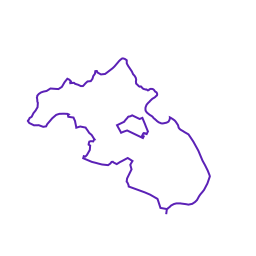 As Sabrah, Ibb, Yemen (Robinson projection), rotated 296°
{"feature_id": "15242507B42935945407521", "entity_name": "As Sabrah", "entity_type": "district", "adm_level": 2, "iso_a3": "YEM", "parent_name": "Yemen", "parent_adm1": "Ibb", "projection": "robinson", "projection_center": [44.337, 13.842], "detail": "fine", "context": "isolated", "style": "outline", "palette": "violet", "viewbox_px": 256, "rotation_deg": 296, "n_neighbors": 0, "source": "geoboundaries", "source_scale": "gbopen_adm2", "svg_char_len": 4666}
<svg xmlns="http://www.w3.org/2000/svg" viewBox="0 0 256 256"><g transform="rotate(296 128 128)"><path d="M83.3,100.6L81.2,101.0L81.7,110.4L82.6,114.6L83.1,117.3L83.8,120.6L85.1,124.2L85.9,126.4L88.3,127.7L90.3,128.1L91.0,129.2L90.7,129.9L90.6,133.7L94.0,135.8L95.4,136.9L99.3,139.7L100.9,140.9L100.3,146.5L98.3,146.3L95.9,146.2L92.4,149.3L87.8,149.3L83.4,149.3L82.2,149.3L79.2,150.3L78.8,151.3L78.2,152.0L77.3,153.1L76.5,153.8L75.7,154.3L76.5,161.7L77.1,167.4L77.5,171.2L77.8,177.1L77.2,185.6L75.7,187.1L70.4,192.2L72.2,198.5L73.1,199.1L73.4,199.1L75.4,200.1L77.2,200.7L79.8,202.6L81.5,204.6L83.3,208.4L83.3,208.6L84.7,212.7L85.1,214.0L85.5,215.5L85.6,215.9L88.0,219.0L90.9,220.7L93.5,221.6L97.7,221.8L99.2,222.0L99.8,222.1L100.7,222.3L103.4,223.0L105.8,223.5L106.6,223.5L109.8,223.6L110.5,223.6L112.8,223.7L120.3,222.8L121.1,222.2L124.6,218.4L128.3,213.6L131.4,209.2L138.5,201.1L144.4,192.7L147.1,188.1L148.8,185.1L149.1,180.4L149.3,179.1L149.4,177.5L149.5,176.1L149.8,174.8L150.5,173.4L151.1,172.9L151.8,172.3L152.4,171.8L152.8,171.2L153.2,170.5L153.5,169.9L154.0,169.2L154.3,168.6L154.7,167.9L155.0,167.2L155.3,166.4L155.4,165.6L155.5,164.9L155.7,164.1L155.7,163.4L155.8,162.6L155.9,161.8L155.9,161.0L155.4,161.3L153.8,161.7L153.0,161.7L151.5,161.6L150.7,161.1L149.6,160.2L148.6,158.9L147.8,157.9L147.1,156.8L146.7,155.6L146.7,154.6L146.7,154.4L146.6,153.7L146.6,152.8L146.8,152.0L146.9,151.2L147.1,150.5L147.4,149.8L147.5,149.0L147.8,148.3L147.9,147.9L147.9,147.5L148.1,146.8L148.4,146.1L148.8,145.4L149.0,144.6L149.2,143.8L149.2,142.9L149.3,142.1L149.4,141.3L149.6,140.6L149.8,139.8L149.9,139.0L150.2,138.3L150.5,137.5L150.9,136.9L151.3,136.2L152.0,135.8L152.6,135.4L153.3,135.1L154.0,134.8L154.7,134.7L155.5,134.6L156.1,134.6L156.8,134.5L157.5,134.6L158.2,134.8L158.9,135.0L159.7,135.2L160.4,135.5L161.1,135.8L161.8,135.9L162.6,136.2L163.4,136.5L164.0,136.7L164.7,137.0L165.3,137.3L166.0,137.8L166.6,138.2L167.3,138.6L167.9,138.9L168.6,139.1L168.8,139.1L169.0,139.2L169.6,139.6L170.2,139.7L171.0,139.5L171.6,139.1L172.1,138.6L172.5,138.0L172.6,137.3L172.6,136.6L172.9,135.9L173.3,135.3L173.6,134.6L173.8,133.9L173.8,133.1L173.7,132.6L173.4,131.9L173.1,131.2L172.5,130.6L172.1,130.3L171.8,130.3L171.2,130.0L170.9,129.8L170.6,129.5L170.5,129.4L170.5,129.0L170.6,128.6L170.7,128.1L170.7,127.9L170.7,127.6L170.3,127.0L170.2,126.1L170.0,125.4L169.9,124.6L170.1,123.9L170.3,123.2L170.6,122.4L171.0,121.8L170.9,121.1L170.6,120.8L170.3,120.5L170.3,119.3L170.6,118.7L171.5,115.8L172.1,115.5L172.7,115.1L173.3,114.7L174.0,114.5L174.6,114.3L175.3,114.0L175.8,113.5L176.4,113.1L176.9,112.4L177.3,111.8L177.7,111.2L178.0,110.5L178.3,109.8L178.5,109.1L180.5,106.7L182.6,103.1L183.8,101.0L185.5,98.6L188.0,97.3L188.3,97.2L188.5,96.6L188.5,95.8L188.7,94.9L188.6,94.4L188.5,93.5L188.0,92.3L186.1,91.3L183.9,90.5L182.9,90.3L177.5,88.9L175.8,88.3L174.6,87.8L173.4,87.2L168.2,84.6L166.5,83.7L164.3,80.2L164.5,76.1L165.5,75.3L165.5,74.8L164.8,73.7L162.3,74.5L159.4,74.0L156.7,74.5L153.8,74.0L152.1,71.2L149.6,70.2L147.4,69.6L145.9,69.1L145.0,67.2L145.0,64.2L144.5,61.0L144.8,60.3L144.9,59.9L144.9,59.5L144.7,59.3L143.8,57.8L143.7,57.6L143.0,56.5L143.7,56.0L144.9,56.3L145.7,54.1L145.7,51.9L142.2,51.1L141.1,50.9L136.8,50.6L135.9,50.5L132.5,48.4L131.7,46.5L131.1,45.0L129.5,41.0L125.6,38.6L123.7,36.1L121.9,34.3L119.5,32.9L117.3,32.3L116.9,32.5L116.3,32.7L115.6,32.7L115.4,32.8L113.9,33.9L111.9,35.0L111.2,35.9L109.5,36.6L107.0,37.6L105.0,37.4L103.3,37.3L102.4,37.1L99.8,36.5L97.1,36.5L96.0,36.5L95.4,36.2L95.0,36.0L94.5,35.6L94.0,35.2L91.8,35.2L91.2,35.1L90.8,34.8L90.4,34.9L89.2,37.1L89.2,42.3L90.1,44.1L91.4,46.6L91.9,51.3L93.6,53.7L96.0,53.7L98.0,54.2L100.2,54.8L103.4,55.6L105.3,56.4L108.3,57.7L109.5,58.9L110.7,60.2L111.9,62.5L112.7,64.0L114.2,67.5L114.2,68.9L113.1,68.5L111.9,69.4L113.5,74.4L112.2,75.9L111.0,77.4L110.1,78.0L108.3,79.4L106.6,80.7L105.6,81.4L106.9,82.8L108.4,84.4L109.1,87.1L109.8,89.7L108.9,91.2L108.0,92.9L106.6,95.2L105.8,98.4L103.9,101.4L103.1,102.9L102.9,102.6L100.7,102.6L99.9,100.4L98.8,99.2L97.0,99.5L95.8,99.9L95.6,101.7L91.5,103.3L85.6,102.9L83.6,102.2L83.3,100.6ZM125.5,145.8L125.4,128.3L123.2,126.1L121.1,124.2L120.7,123.9L122.1,122.0L124.4,118.7L125.7,116.9L132.0,121.9L132.7,121.9L135.1,122.5L136.8,123.0L138.1,123.2L138.6,123.6L139.0,124.3L139.4,124.8L140.0,125.3L140.6,125.8L141.2,126.2L141.2,134.5L143.4,136.5L141.1,139.1L138.9,141.6L137.4,143.2L133.8,147.2L133.7,147.4L130.7,147.4L130.6,146.5L130.7,146.3L130.8,145.7L130.7,145.4L130.5,145.7L130.4,145.8L130.1,145.1L129.6,144.1L127.5,144.1L127.5,144.4L127.4,145.8L125.5,145.8ZM72.1,198.5L68.5,199.7L67.8,199.9L67.3,200.1L72.1,198.5Z" fill="none" stroke="#5b21b6" stroke-width="2"/></g></svg>